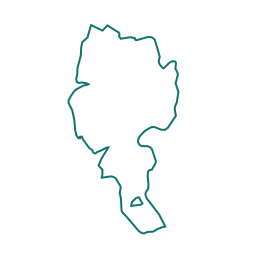 the Autonomous Community of Bizkaia, rotated 263°
{"feature_id": "ESP-5851", "entity_name": "Bizkaia", "entity_type": "Autonomous Community", "adm_level": 1, "iso_a3": "ESP", "parent_name": "Spain", "parent_adm1": "", "projection": "natural_earth1", "projection_center": [-2.927, 43.237], "detail": "fine", "context": "isolated", "style": "outline", "palette": "teal", "viewbox_px": 256, "rotation_deg": 263, "n_neighbors": 0, "source": "natural_earth", "source_scale": "10m", "svg_char_len": 1800}
<svg xmlns="http://www.w3.org/2000/svg" viewBox="0 0 256 256"><g transform="rotate(263 128 128)"><path d="M81.9,95.9L85.8,97.1L89.7,97.5L94.4,94.2L100.9,98.0L111.1,106.1L111.1,104.2L108.7,97.9L108.0,94.7L106.8,92.8L106.8,91.8L107.8,90.6L110.6,89.7L112.9,87.1L121.9,82.0L125.1,81.2L125.1,79.2L123.8,79.2L123.8,77.6L127.2,75.8L132.3,75.3L142.7,75.7L152.4,74.8L156.7,73.2L160.3,72.0L162.9,72.6L167.2,75.6L171.3,79.3L173.0,82.1L175.4,88.6L176.2,94.0L177.1,93.0L178.7,88.2L178.8,87.0L178.7,85.5L178.9,84.0L179.9,82.9L182.4,82.5L184.8,83.1L187.1,84.1L193.5,85.1L205.4,89.9L214.2,91.5L218.8,93.2L222.8,98.8L234.6,103.9L227.8,114.6L232.3,120.0L223.9,130.4L222.8,131.0L222.1,131.0L220.2,130.3L217.5,131.7L217.8,141.7L216.4,145.7L215.8,145.9L215.2,145.8L214.7,145.9L214.2,146.7L214.1,147.4L215.9,158.6L215.2,162.6L212.7,165.2L206.0,166.5L195.0,168.2L190.4,166.6L187.3,167.2L183.3,169.7L183.0,170.4L183.3,171.3L187.8,177.1L188.9,180.1L188.2,182.9L187.5,183.4L186.7,183.5L181.1,182.3L177.2,183.8L174.9,184.0L166.6,180.7L157.6,182.4L147.9,179.7L143.4,177.2L141.0,176.7L134.3,177.0L123.4,167.6L121.7,164.4L122.2,161.0L125.8,154.2L126.0,151.2L123.0,144.3L118.9,139.2L116.0,137.0L112.9,136.2L109.6,137.5L108.3,139.6L107.6,145.1L106.3,147.6L103.9,149.2L91.4,151.7L88.8,150.5L83.7,146.5L83.6,144.0L82.8,143.1L81.7,142.3L77.1,141.6L70.2,141.5L65.6,140.8L62.1,138.0L60.9,137.4L59.5,137.2L57.7,137.5L55.6,138.2L38.3,148.4L25.7,152.9L25.3,149.6L23.8,144.2L22.9,142.4L22.2,140.6L22.1,138.7L22.4,136.9L22.3,134.9L22.1,133.0L21.4,131.2L22.1,128.8L24.3,126.2L41.5,114.8L43.9,112.8L46.5,111.5L59.2,112.4L64.5,111.8L69.1,113.3L71.0,113.5L79.9,109.5L81.2,107.6L82.1,105.2L81.9,97.6L81.9,95.9ZM51.3,133.1L57.9,130.4L57.6,127.7L54.0,122.8L50.3,121.7L50.3,131.7L51.3,133.1Z" fill="none" stroke="#0f766e" stroke-width="2"/></g></svg>